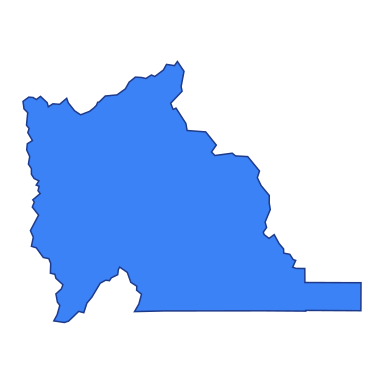 outline of Utah, Utah, United States of America
{"feature_id": "52423323B70562342190922", "entity_name": "Utah", "entity_type": "district", "adm_level": 2, "iso_a3": "USA", "parent_name": "United States of America", "parent_adm1": "Utah", "projection": "mercator", "projection_center": [-111.763, 40.177], "detail": "fine", "context": "isolated", "style": "filled", "palette": "blue", "viewbox_px": 384, "rotation_deg": 0, "n_neighbors": 0, "source": "geoboundaries", "source_scale": "gbopen_adm2", "svg_char_len": 1737}
<svg xmlns="http://www.w3.org/2000/svg" viewBox="0 0 384 384"><path d="M352.5,282.7L304.9,282.5L304.8,268.5L296.0,268.4L292.7,267.2L295.7,260.4L293.2,259.6L289.8,254.3L283.7,253.1L283.6,248.9L279.1,243.6L274.2,234.6L269.0,238.4L264.1,234.6L263.3,232.1L266.6,227.5L265.1,222.1L270.3,209.5L269.2,202.9L269.3,195.5L261.1,185.6L257.3,177.7L259.5,171.0L247.7,156.6L235.5,155.9L232.2,153.2L214.9,155.5L211.5,152.0L216.3,145.1L205.7,131.9L187.1,130.5L185.9,123.5L176.0,108.1L173.3,109.4L173.0,109.2L170.7,103.2L182.1,91.2L181.1,86.6L184.0,71.3L177.4,61.5L174.5,65.6L166.5,64.4L163.4,70.0L154.8,76.5L151.4,75.0L145.9,78.5L141.6,77.5L135.4,77.1L129.1,82.2L125.4,88.8L123.1,90.5L117.0,94.9L105.3,96.0L99.2,102.0L97.8,102.3L97.7,102.3L96.4,105.4L93.7,108.1L89.5,111.4L80.6,114.8L74.6,110.8L68.3,102.9L66.7,98.3L59.6,104.3L52.9,103.8L48.3,106.8L47.2,102.7L40.5,96.4L36.3,99.5L33.1,97.5L28.8,97.1L23.0,101.4L24.0,108.9L27.7,112.6L26.5,125.2L29.1,128.5L27.8,132.6L32.4,140.5L27.3,143.8L26.7,149.9L29.7,156.5L28.4,164.1L31.4,168.7L31.4,174.3L34.1,178.5L38.9,180.9L36.2,185.1L39.1,186.3L38.0,190.7L40.2,193.6L32.8,199.8L34.3,202.1L32.3,207.1L38.6,215.1L37.0,218.1L30.4,230.6L33.3,237.2L31.4,246.3L36.3,247.8L43.3,257.5L48.8,258.6L50.7,263.4L50.4,273.2L54.9,274.3L55.9,278.3L62.9,284.7L61.4,288.9L55.9,293.9L57.4,302.1L59.8,305.4L57.1,314.9L53.8,320.9L64.4,322.5L68.6,321.1L78.7,311.4L83.8,312.7L86.9,303.1L91.9,297.1L100.2,283.2L105.7,280.2L109.5,280.7L111.3,277.8L117.7,274.7L118.4,269.4L119.7,267.1L123.3,269.6L127.3,272.4L130.8,282.3L136.8,286.2L136.6,290.2L141.5,294.2L138.9,304.0L134.5,311.6L165.4,310.9L184.3,310.9L263.8,310.8L305.8,311.1L305.8,310.4L360.9,310.7L361.0,282.7L352.5,282.7Z" fill="#3b82f6" stroke="#1e3a8a" stroke-width="1.5"/></svg>